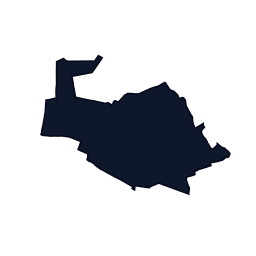 the district of Njoro, Rift Valley, Kenya, rotated 128°
{"feature_id": "3690345B46950883953132", "entity_name": "Njoro", "entity_type": "district", "adm_level": 2, "iso_a3": "KEN", "parent_name": "Kenya", "parent_adm1": "Rift Valley", "projection": "albers", "projection_center": [35.95, -0.496], "detail": "fine", "context": "isolated", "style": "filled", "palette": "ink", "viewbox_px": 256, "rotation_deg": 128, "n_neighbors": 0, "source": "geoboundaries", "source_scale": "gbopen_adm2", "svg_char_len": 4343}
<svg xmlns="http://www.w3.org/2000/svg" viewBox="0 0 256 256"><g transform="rotate(128 128 128)"><path d="M177.5,125.7L177.3,124.5L177.0,123.2L176.2,118.2L176.2,117.7L175.3,112.6L174.5,107.7L173.5,102.8L173.1,100.5L171.8,91.1L171.4,89.0L171.2,87.7L173.1,87.6L173.0,86.0L172.8,84.7L169.1,86.9L162.1,74.6L160.0,74.1L157.8,72.8L154.5,71.0L152.4,69.7L152.0,68.5L151.7,67.4L151.2,65.7L150.1,62.4L149.1,59.3L148.1,56.2L147.4,54.1L146.4,50.9L145.5,48.1L144.4,44.9L143.4,41.8L142.6,39.4L141.7,40.3L140.2,41.0L138.9,41.9L137.7,42.5L137.2,43.3L136.8,44.1L136.4,45.1L135.9,45.8L135.3,46.7L134.7,47.4L134.3,48.2L133.7,49.3L132.4,50.5L131.0,51.5L130.1,51.2L128.9,50.4L128.1,49.7L124.2,46.9L123.2,46.7L122.4,47.7L121.3,48.9L120.2,48.1L119.1,47.4L117.7,47.1L113.7,44.3L109.8,41.6L106.4,39.4L105.9,40.5L105.1,41.8L103.5,40.5L102.9,40.0L102.1,39.3L101.4,38.7L99.9,37.4L96.9,35.1L95.2,33.8L93.0,33.2L91.2,33.0L90.0,31.6L88.7,30.9L87.4,31.2L86.6,31.5L86.0,31.7L85.4,31.9L85.0,33.4L84.7,34.7L84.6,36.3L84.7,37.6L84.4,39.3L85.0,40.9L85.4,42.0L85.4,42.9L85.5,44.1L85.4,45.3L85.2,46.7L85.3,48.1L86.1,47.3L87.4,47.3L88.8,47.6L90.8,47.8L92.3,48.4L93.0,49.3L92.9,50.3L92.3,52.2L91.6,53.8L91.2,54.6L90.8,56.5L90.0,57.2L89.7,58.3L89.1,59.5L88.6,61.0L88.5,62.3L88.3,63.7L87.3,65.4L86.7,67.1L85.7,67.7L84.7,68.4L83.5,68.6L82.2,68.4L80.4,68.2L79.7,69.8L79.1,70.9L78.1,71.5L81.4,72.7L86.9,75.0L85.3,78.0L84.0,79.8L83.0,81.1L80.0,83.7L79.3,84.8L78.8,86.7L77.7,89.3L76.7,91.5L75.4,94.4L74.7,96.0L73.8,96.8L71.9,98.8L70.7,100.0L70.0,102.6L70.6,104.1L71.6,104.7L72.7,105.1L73.1,105.7L73.0,106.5L72.5,107.3L72.3,107.7L72.0,108.2L71.4,109.5L71.2,111.3L70.9,113.9L71.2,115.7L71.3,116.0L71.5,116.7L71.9,117.7L72.1,118.2L71.6,119.9L71.0,121.4L70.0,124.7L69.8,125.3L69.5,126.2L69.3,126.9L70.3,127.4L71.6,128.0L75.7,129.6L77.1,130.3L78.2,131.4L83.0,134.5L89.1,137.7L90.5,138.4L92.4,139.4L93.4,139.9L94.4,140.5L95.0,141.2L95.5,141.9L96.6,142.8L96.9,143.7L99.2,147.1L100.1,148.4L101.2,149.6L102.9,150.3L104.3,150.9L105.7,150.9L106.6,151.0L109.7,151.3L112.4,151.4L113.6,152.0L113.9,152.9L114.0,153.3L114.0,153.8L114.2,154.3L114.4,154.7L114.6,155.0L114.9,155.2L115.4,155.4L115.9,155.4L116.7,155.3L117.2,155.1L117.6,155.0L118.1,154.9L118.5,154.8L119.0,154.7L119.4,155.2L119.8,155.4L120.3,155.8L120.2,156.3L120.0,156.8L120.1,157.3L120.2,158.0L120.2,158.6L120.3,158.9L120.5,159.3L120.6,159.6L121.5,160.2L121.8,160.4L122.4,160.7L123.3,162.5L123.9,163.9L124.5,165.0L125.2,166.4L125.8,167.6L127.2,170.9L128.2,172.7L128.4,173.1L129.3,174.4L129.9,175.7L131.3,178.5L132.5,180.9L133.5,183.0L134.1,184.4L135.0,186.0L135.4,187.2L135.9,188.5L133.2,191.5L132.7,191.9L128.8,196.4L126.8,198.6L126.4,198.9L125.9,199.4L125.4,200.0L124.7,200.8L124.4,201.1L123.8,201.7L123.4,202.3L122.4,203.3L122.1,203.7L121.8,204.0L117.1,199.9L116.6,199.4L114.4,197.5L109.5,193.2L106.4,190.5L103.6,190.6L100.1,190.8L95.3,191.1L92.5,191.2L88.5,191.6L88.5,191.9L88.6,192.3L88.7,192.9L88.8,193.4L88.9,193.9L89.0,194.3L89.0,194.7L89.1,195.1L89.2,195.6L89.2,195.9L92.4,195.7L94.2,195.6L95.8,195.4L96.7,196.6L97.8,198.1L98.5,198.9L101.7,202.9L104.0,205.9L105.8,208.1L106.9,209.5L108.1,211.0L108.8,211.8L109.3,212.5L110.2,213.7L111.3,214.9L112.4,216.5L112.9,218.0L113.2,218.7L113.2,219.1L113.2,219.7L113.0,220.6L112.8,221.5L114.0,222.2L114.4,222.4L119.7,225.1L120.2,224.7L120.5,224.4L121.1,224.0L122.5,222.9L125.1,221.0L125.7,220.5L126.4,219.9L126.9,219.5L127.3,219.3L127.7,219.1L128.1,218.8L128.8,218.0L129.4,217.6L131.4,216.1L132.5,215.2L133.4,214.4L134.7,213.5L135.2,213.0L137.7,211.1L140.9,209.1L143.7,207.1L148.8,202.9L149.3,203.4L149.8,204.2L150.4,204.6L152.7,206.4L154.0,207.4L155.2,208.6L155.7,209.1L156.3,209.8L161.1,206.7L164.5,204.3L165.6,203.6L166.7,202.9L172.2,199.9L176.6,197.5L181.6,195.1L182.7,194.6L183.1,194.4L183.5,194.1L184.0,193.8L184.3,193.6L184.8,193.3L185.5,193.0L186.0,192.8L186.7,192.6L186.5,191.1L185.7,189.7L184.2,187.4L183.3,186.1L182.2,184.2L180.5,182.1L179.5,181.0L178.7,179.9L177.6,178.4L174.9,175.1L173.5,172.8L171.2,168.7L170.1,165.3L169.3,162.3L168.6,160.0L168.1,158.2L167.6,156.8L175.7,154.1L174.8,150.2L174.4,148.8L174.0,147.4L173.7,146.1L173.5,145.1L173.1,143.7L175.7,141.8L178.1,140.9L178.3,139.5L178.0,137.8L177.7,136.7L177.3,135.5L177.3,134.2L177.1,132.8L177.4,131.5L177.5,129.3L177.6,128.1L177.0,127.2L176.5,125.7L177.5,125.7Z" fill="#0f172a" stroke="#020617" stroke-width="1.5"/></g></svg>